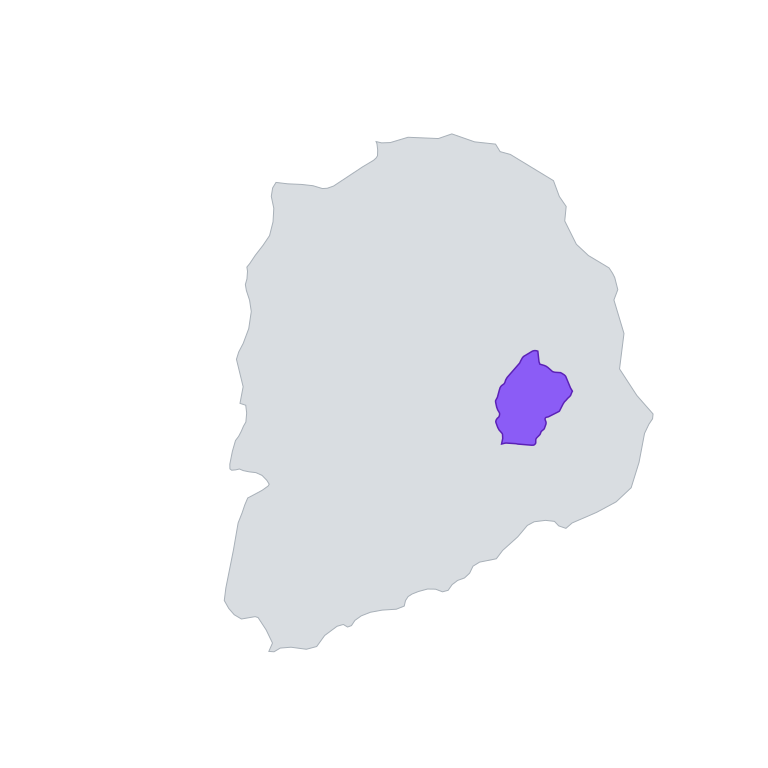 Flores on a map of Uruguay (Natural Earth projection), rotated 236°
{"feature_id": "URY-7", "entity_name": "Flores", "entity_type": "Department", "adm_level": 1, "iso_a3": "URY", "parent_name": "Uruguay", "parent_adm1": "", "projection": "natural_earth1", "projection_center": [-56.945, -33.556], "detail": "fine", "context": "in_parent", "style": "filled", "palette": "violet", "viewbox_px": 768, "rotation_deg": 236, "n_neighbors": 0, "source": "natural_earth", "source_scale": "10m", "svg_char_len": 3461}
<svg xmlns="http://www.w3.org/2000/svg" viewBox="0 0 768 768"><g transform="rotate(236 384 384)"><path d="M589.4,513.0L585.2,516.9L580.6,524.3L575.1,541.9L557.1,566.3L553.4,580.1L534.1,594.5L520.5,610.6L511.7,610.2L503.7,617.1L457.8,638.2L441.4,634.2L429.3,634.3L418.1,625.0L392.3,621.6L376.2,625.3L354.4,635.5L347.9,635.4L343.2,634.8L331.5,630.6L325.1,621.6L291.7,611.2L264.8,587.7L233.1,587.2L208.7,590.3L205.0,587.2L202.5,581.1L197.4,572.4L176.4,551.6L159.8,530.9L156.5,510.6L158.7,488.5L163.6,462.3L162.6,454.1L168.7,449.5L174.8,448.5L180.6,441.7L185.8,431.5L186.6,423.8L182.5,409.4L179.7,389.3L176.3,379.4L182.9,363.6L183.2,355.9L179.3,349.2L178.2,342.3L180.0,335.2L179.6,328.3L177.1,321.8L179.0,316.3L185.1,312.0L189.7,305.4L192.7,296.6L194.2,289.8L194.3,285.1L192.4,280.7L188.6,276.6L190.4,268.3L197.6,256.0L202.4,245.0L204.5,235.5L204.3,227.7L201.9,221.9L202.9,217.9L207.4,215.8L209.4,209.6L208.7,194.2L204.0,181.4L207.5,171.3L217.8,159.7L223.1,150.3L223.5,143.1L226.7,139.0L231.6,146.7L246.1,148.8L260.8,149.0L263.2,147.1L268.9,134.4L276.5,130.8L284.7,129.8L293.8,130.5L303.4,138.9L330.5,166.3L350.4,185.4L356.5,194.3L361.7,201.1L365.7,207.3L364.0,223.6L364.2,230.8L365.1,232.8L369.7,233.0L376.4,231.8L382.1,228.3L386.6,223.1L390.9,218.9L394.4,216.6L395.7,213.1L397.7,209.5L399.8,208.8L403.8,211.4L413.0,220.7L420.2,229.3L421.9,234.3L424.7,239.4L427.6,243.9L429.7,248.2L436.7,253.9L443.7,257.5L448.5,253.8L460.5,265.7L487.0,275.5L491.8,281.5L496.4,290.0L505.6,302.9L518.3,314.5L528.6,319.4L538.5,322.2L544.0,324.7L547.8,329.2L553.8,333.9L557.6,335.7L558.9,340.0L562.7,349.3L566.6,361.2L571.0,372.1L580.5,382.7L591.3,390.9L602.6,395.5L608.8,401.3L611.5,407.2L603.8,416.1L595.5,427.3L588.1,436.0L580.5,442.2L578.0,446.4L576.3,452.9L576.0,487.6L575.3,500.5L575.8,503.9L576.8,506.2L581.5,509.6L587.1,512.5L589.4,513.0Z" fill="#d9dde1" stroke="#a8b0b8" stroke-width="1"/><path d="M268.5,447.9L272.5,452.0L276.0,454.1L276.9,454.3L281.6,453.7L284.4,454.0L289.3,455.2L290.3,455.6L290.7,456.0L291.4,456.8L291.8,457.7L292.2,458.7L292.4,460.5L292.7,461.2L293.2,461.9L294.2,462.9L295.0,463.4L295.7,463.6L299.1,463.8L301.9,464.5L306.6,466.4L307.6,467.0L307.9,467.4L309.6,470.6L314.8,476.6L315.2,477.2L315.8,477.8L316.2,478.6L316.5,479.2L316.8,480.1L316.9,480.7L317.0,483.3L317.1,483.8L317.7,485.1L319.3,487.1L320.6,489.8L325.5,508.2L326.7,510.2L328.2,513.1L328.6,514.2L328.8,515.2L328.3,525.0L328.2,525.7L328.0,526.3L327.8,526.8L327.6,527.3L327.3,527.8L327.0,528.2L326.3,529.0L325.2,529.9L315.9,525.0L313.3,524.3L309.8,527.2L308.1,528.3L306.1,529.1L300.3,530.6L299.9,530.8L299.6,531.0L298.2,532.2L294.7,536.7L294.0,537.1L293.0,537.6L290.9,538.5L289.7,538.8L288.7,538.9L276.4,536.4L272.7,536.2L272.1,535.1L270.6,532.9L270.3,532.5L270.1,532.0L269.8,530.9L269.4,528.3L269.2,527.5L269.0,526.9L268.7,525.7L268.4,524.2L268.3,523.6L267.2,521.1L263.7,514.8L263.5,514.4L263.4,514.1L263.5,512.7L264.8,502.4L264.9,501.8L265.1,501.3L265.3,500.8L265.5,500.3L265.7,499.7L265.7,499.1L265.4,498.4L265.0,498.0L264.5,497.7L262.1,497.1L261.6,496.9L260.7,496.3L260.0,495.6L258.2,493.1L257.9,492.7L257.6,492.3L257.3,491.9L257.1,491.2L257.0,490.4L256.9,489.2L256.7,487.9L256.6,487.6L255.2,485.6L255.0,485.2L254.8,484.7L253.9,480.2L253.6,479.7L253.4,479.2L253.1,478.8L252.7,478.5L250.5,477.0L250.1,476.6L249.9,476.2L249.7,475.6L249.6,474.9L249.6,474.0L250.6,472.3L259.5,461.2L260.6,460.2L266.8,452.2L267.3,451.2L268.5,447.9Z" fill="#8b5cf6" stroke="#5b21b6" stroke-width="1.5"/></g></svg>